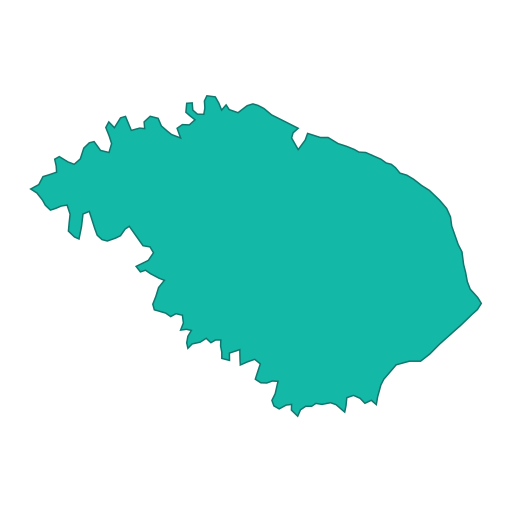 outline of Ouro Verde do Oeste, Paraná, Brazil
{"feature_id": "56859067B29282085628082", "entity_name": "Ouro Verde do Oeste", "entity_type": "district", "adm_level": 2, "iso_a3": "BRA", "parent_name": "Brazil", "parent_adm1": "Paraná", "projection": "robinson", "projection_center": [-53.938, -24.799], "detail": "fine", "context": "isolated", "style": "filled", "palette": "teal", "viewbox_px": 512, "rotation_deg": 0, "n_neighbors": 0, "source": "geoboundaries", "source_scale": "gbopen_adm2", "svg_char_len": 2510}
<svg xmlns="http://www.w3.org/2000/svg" viewBox="0 0 512 512"><path d="M30.7,189.0L36.9,193.0L42.5,200.1L45.3,205.2L50.4,210.1L55.7,208.4L61.3,206.0L67.1,205.1L70.1,214.2L69.2,222.5L68.4,231.1L74.4,236.9L79.0,239.0L81.5,226.6L83.0,214.0L89.3,211.4L94.7,228.4L97.2,235.2L102.0,239.6L107.3,241.0L115.6,238.1L120.5,235.7L125.2,229.0L129.3,226.3L143.0,245.7L150.0,246.9L153.5,252.8L148.3,260.4L136.1,266.4L140.4,271.9L145.5,270.2L150.5,273.7L158.8,278.1L164.4,280.3L158.6,287.5L155.9,296.3L152.8,304.2L154.3,309.8L165.7,313.1L170.7,316.6L175.9,313.7L182.4,315.2L183.4,323.0L180.6,330.1L186.4,329.3L191.4,330.4L187.9,336.3L186.7,342.8L187.9,348.3L192.2,343.9L200.1,342.2L206.2,338.3L210.9,342.7L215.5,340.0L220.8,340.0L220.6,346.0L221.8,352.2L221.8,358.4L229.5,360.4L229.4,353.1L239.8,349.6L240.0,358.6L240.3,365.0L247.6,361.8L254.7,359.3L260.3,363.9L257.7,371.8L255.3,379.2L260.8,382.8L266.8,383.0L272.4,381.0L278.0,381.3L275.2,393.7L271.9,400.4L273.9,405.9L279.2,408.9L286.1,405.1L291.6,404.4L291.4,410.1L297.7,416.2L300.5,409.8L305.7,406.3L311.6,406.3L315.9,403.4L322.0,404.4L330.5,402.7L336.0,404.6L344.7,412.1L346.0,405.7L346.8,397.7L353.5,395.4L360.1,398.3L364.9,403.3L371.3,400.3L376.3,404.6L377.6,396.9L380.9,384.9L383.8,379.2L389.6,372.5L396.2,364.8L409.4,361.2L420.6,361.2L429.9,353.9L439.5,344.2L452.6,332.5L461.5,324.6L471.9,314.5L477.4,309.6L481.3,303.4L477.7,297.5L470.2,289.2L467.3,281.6L465.6,272.4L463.6,264.5L462.0,251.9L458.2,244.6L451.7,226.0L450.5,216.9L446.6,208.4L439.5,200.1L429.4,190.4L421.6,185.5L413.7,179.3L406.9,175.2L399.9,173.1L395.5,167.7L391.3,164.3L386.2,163.0L380.9,159.2L365.7,152.5L358.9,152.1L354.4,149.5L346.5,146.3L338.1,143.6L328.1,137.5L320.4,137.5L307.6,133.4L305.2,140.1L298.2,149.6L291.6,138.0L293.1,132.8L298.2,128.3L283.8,121.0L271.6,114.9L263.8,108.4L258.0,105.4L252.9,103.9L247.1,105.7L238.0,112.7L229.2,109.6L226.1,104.9L221.6,110.1L218.8,103.1L215.3,96.9L206.9,95.8L204.4,101.0L204.9,108.0L203.8,114.3L197.5,114.2L192.8,110.1L192.2,102.9L186.7,103.3L185.9,112.3L190.2,116.0L195.0,119.8L189.3,124.9L182.4,124.6L177.1,128.3L180.6,138.0L171.5,134.5L167.5,131.3L161.4,126.0L158.1,118.3L150.2,116.3L144.1,121.9L144.7,128.6L139.7,128.1L131.3,130.4L125.5,116.4L120.5,117.9L114.4,127.7L108.8,121.9L105.8,127.5L109.2,136.0L111.6,143.6L109.0,152.5L100.5,150.4L94.1,141.6L89.3,142.8L83.8,148.1L80.3,158.9L74.2,164.3L67.9,161.9L59.3,156.6L54.7,159.2L56.2,166.0L56.6,172.2L49.0,174.8L43.0,176.6L38.8,184.6L30.7,189.0Z" fill="#14b8a6" stroke="#0f766e" stroke-width="1.5"/></svg>